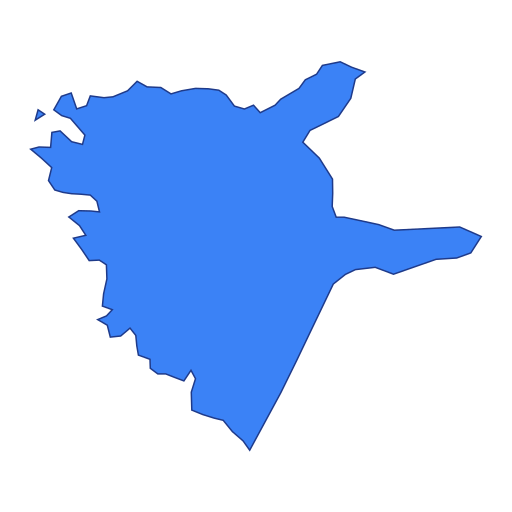 the district of São Valério do Sul, Rio Grande do Sul, Brazil
{"feature_id": "56859067B99294936574349", "entity_name": "São Valério do Sul", "entity_type": "district", "adm_level": 2, "iso_a3": "BRA", "parent_name": "Brazil", "parent_adm1": "Rio Grande do Sul", "projection": "orthographic", "projection_center": [-53.922, -27.829], "detail": "fine", "context": "isolated", "style": "filled", "palette": "blue", "viewbox_px": 512, "rotation_deg": 0, "n_neighbors": 0, "source": "geoboundaries", "source_scale": "gbopen_adm2", "svg_char_len": 1519}
<svg xmlns="http://www.w3.org/2000/svg" viewBox="0 0 512 512"><path d="M73.4,238.2L81.6,249.3L89.2,260.6L99.3,260.1L106.4,264.8L106.9,278.9L103.6,293.8L102.4,306.1L112.3,309.7L106.5,315.9L97.7,319.6L107.3,325.2L110.3,337.1L120.7,336.0L130.0,328.1L135.8,335.4L136.8,345.8L138.4,355.1L150.0,359.3L150.3,368.3L157.8,373.9L165.7,373.9L174.1,377.2L183.9,380.9L191.0,370.3L195.5,378.7L191.3,392.2L191.8,410.1L202.9,414.6L214.1,418.1L223.2,420.3L232.4,431.6L243.1,440.9L249.7,450.2L280.8,392.7L296.5,360.8L309.4,333.8L333.3,284.0L345.4,274.4L355.4,269.6L375.2,267.3L393.5,274.2L436.1,259.3L456.7,258.0L470.8,252.9L481.3,236.5L459.7,227.0L394.3,230.2L378.7,224.6L344.1,217.2L336.2,217.2L332.2,206.5L332.7,193.3L332.5,179.1L319.3,158.1L302.8,142.2L310.0,130.4L338.4,116.5L350.8,98.3L355.3,79.0L364.9,72.0L351.8,67.3L340.2,61.8L322.4,65.4L316.6,74.2L305.3,79.8L299.0,88.4L280.7,99.2L275.1,105.2L260.2,112.7L253.5,105.2L244.4,109.0L234.4,106.1L226.2,95.0L218.8,90.2L208.4,88.8L195.5,88.4L181.5,90.8L171.0,93.9L160.8,87.5L147.1,86.9L137.1,81.3L127.6,90.8L113.0,96.8L104.0,97.7L90.3,95.9L86.6,105.7L76.7,108.9L71.2,93.0L61.4,96.3L53.8,109.8L61.7,115.6L70.4,118.3L84.9,135.1L82.5,144.4L71.6,141.7L60.1,130.9L51.9,132.4L50.6,147.4L39.0,147.0L30.7,149.2L41.4,158.1L51.7,167.6L48.5,180.6L54.8,190.0L63.0,192.4L71.6,193.7L80.8,194.2L90.3,195.1L96.9,201.2L99.5,211.9L90.8,211.0L78.7,210.7L68.8,217.0L79.5,225.6L85.8,235.3L73.4,238.2ZM44.7,114.2L38.1,109.8L35.2,120.2L44.7,114.2Z" fill="#3b82f6" stroke="#1e3a8a" stroke-width="1.5"/></svg>